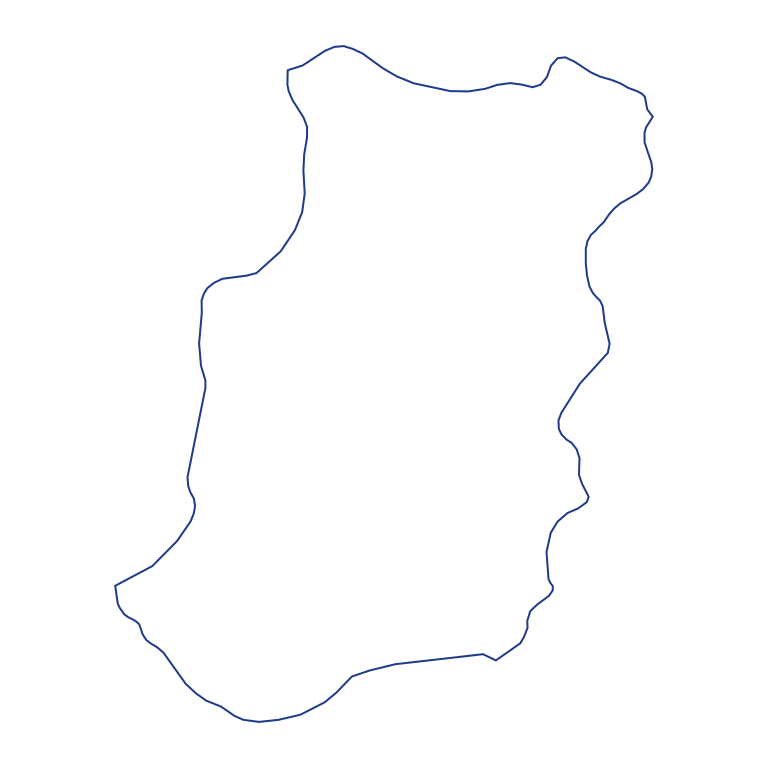 SVG path tracing the border of Chimborazo
{"feature_id": "ECU-1284", "entity_name": "Chimborazo", "entity_type": "Province", "adm_level": 1, "iso_a3": "ECU", "parent_name": "Ecuador", "parent_adm1": "", "projection": "albers", "projection_center": [-78.686, -1.912], "detail": "fine", "context": "isolated", "style": "outline", "palette": "blue", "viewbox_px": 768, "rotation_deg": 0, "n_neighbors": 0, "source": "natural_earth", "source_scale": "10m", "svg_char_len": 1930}
<svg xmlns="http://www.w3.org/2000/svg" viewBox="0 0 768 768"><path d="M259.0,721.9L243.2,719.8L234.5,715.9L220.8,706.5L206.1,700.6L196.0,693.4L185.6,683.7L163.5,652.7L157.3,647.4L150.5,643.3L146.3,640.0L142.8,634.7L139.2,624.3L136.2,621.5L132.8,619.4L128.2,617.2L124.4,614.4L119.9,608.1L117.8,603.8L115.2,585.8L152.4,566.0L177.1,541.0L190.6,521.4L193.9,513.1L195.1,505.8L193.9,498.6L190.3,492.2L188.2,485.9L187.5,477.2L205.4,388.1L205.4,380.5L201.0,365.7L199.1,343.5L201.8,312.7L201.6,300.3L203.9,293.6L207.3,288.2L213.7,283.0L222.3,278.8L246.9,275.6L256.6,273.0L280.8,251.2L295.0,230.0L302.2,212.0L304.7,193.5L303.4,170.4L304.2,154.3L307.0,137.8L307.1,126.8L303.6,117.6L292.5,100.1L288.7,91.1L287.4,84.8L287.7,70.2L302.6,65.5L324.7,51.0L334.3,46.9L343.6,46.1L352.5,48.8L362.4,53.4L383.1,68.4L397.0,76.5L413.8,83.3L450.3,91.1L468.4,91.4L485.3,88.8L497.1,84.9L510.2,83.1L521.2,84.5L532.7,87.2L540.6,84.7L546.9,77.1L551.1,65.6L557.5,58.3L565.1,57.3L574.2,61.5L590.9,72.4L599.8,76.5L612.4,80.2L620.6,83.5L628.0,87.8L637.0,91.1L642.0,93.8L644.9,96.8L647.2,109.3L652.8,116.7L646.1,127.3L644.5,133.0L644.6,142.6L651.2,162.0L652.3,169.0L651.2,176.6L648.6,182.7L643.2,189.0L636.8,193.9L620.4,203.3L614.2,208.5L609.1,214.4L603.7,222.2L599.0,226.7L595.3,230.9L590.9,234.9L587.5,241.1L585.8,248.9L585.8,263.7L587.0,275.5L589.5,286.6L592.8,292.9L596.2,296.9L600.1,300.7L602.7,306.3L604.7,322.7L609.6,343.8L607.8,352.9L580.0,383.5L561.3,412.9L558.5,420.3L558.8,428.7L561.3,434.2L566.4,439.5L571.8,443.0L576.7,449.4L579.5,458.1L579.0,474.9L581.9,483.5L588.7,496.8L586.8,502.1L578.0,508.5L567.5,513.0L557.6,521.6L550.8,532.7L546.5,552.0L548.5,579.0L550.2,582.6L552.8,586.2L552.7,590.4L549.0,595.8L537.1,604.6L530.3,611.1L527.3,620.7L527.5,628.0L524.0,636.9L520.3,643.3L495.9,660.4L482.9,654.2L395.4,664.2L369.9,670.4L351.9,676.5L336.4,692.6L324.7,702.3L300.4,714.7L278.7,719.8L259.0,721.9Z" fill="none" stroke="#1e3a8a" stroke-width="2"/></svg>